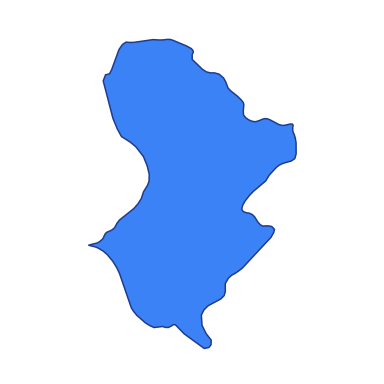 the Province of Cañar, rotated 263°
{"feature_id": "ECU-1278", "entity_name": "Cañar", "entity_type": "Province", "adm_level": 1, "iso_a3": "ECU", "parent_name": "Ecuador", "parent_adm1": "", "projection": "natural_earth1", "projection_center": [-78.969, -2.515], "detail": "fine", "context": "isolated", "style": "filled", "palette": "blue", "viewbox_px": 384, "rotation_deg": 263, "n_neighbors": 0, "source": "natural_earth", "source_scale": "10m", "svg_char_len": 1972}
<svg xmlns="http://www.w3.org/2000/svg" viewBox="0 0 384 384"><g transform="rotate(263 192 192)"><path d="M144.9,269.3L141.7,268.1L137.4,264.9L110.3,232.6L107.9,228.6L106.0,224.9L104.6,221.3L102.1,217.7L97.0,213.8L89.3,213.0L85.3,211.3L82.4,207.7L77.1,194.1L73.5,189.5L68.8,186.3L58.5,185.7L49.8,188.7L42.7,193.0L38.1,192.3L35.6,189.8L35.2,185.1L52.2,166.9L62.3,159.3L62.6,157.4L61.4,154.9L60.4,152.0L60.8,149.3L62.1,146.3L62.1,137.8L64.9,133.3L68.1,129.5L76.3,122.2L80.6,119.5L84.3,117.7L120.0,110.1L126.0,108.1L133.0,104.9L140.1,100.3L144.3,96.5L147.4,92.5L149.0,90.0L151.8,82.7L153.0,91.8L153.9,94.0L155.9,97.2L157.5,98.6L159.5,99.7L161.1,100.8L162.3,102.2L163.9,107.5L165.5,110.2L167.3,111.8L170.3,113.9L173.0,116.6L182.7,132.3L187.2,137.3L191.7,140.9L198.1,143.9L204.1,148.7L208.0,150.7L214.9,151.7L223.5,150.7L233.1,148.1L243.7,141.8L248.9,136.9L255.7,128.7L263.6,125.6L274.7,122.5L313.1,117.4L318.9,120.5L319.3,124.5L323.3,127.2L342.3,136.9L346.8,140.9L348.8,144.8L348.1,148.1L347.6,152.0L348.0,171.9L346.8,178.4L346.5,181.7L346.5,185.8L346.1,188.8L345.0,191.4L337.7,204.2L334.6,208.6L333.3,209.6L332.3,210.2L331.2,210.3L330.4,210.2L328.2,208.9L323.5,208.4L312.6,217.2L309.5,220.9L308.0,224.8L307.5,228.9L305.6,233.4L301.2,237.3L297.5,238.8L290.7,240.5L287.4,243.0L281.6,248.7L277.5,252.0L274.6,253.8L272.4,254.1L266.3,252.8L262.3,252.5L259.4,254.2L256.8,256.9L254.8,260.4L254.0,263.7L254.7,267.6L255.7,271.0L256.0,273.6L255.3,276.1L254.2,278.1L248.4,286.4L247.2,289.3L246.9,292.1L247.5,297.8L247.1,300.0L245.9,300.5L243.9,299.9L241.2,299.5L239.0,299.7L236.0,300.6L232.9,301.1L228.2,301.3L217.1,300.0L212.6,298.1L210.7,294.4L209.3,285.6L208.1,282.0L206.2,278.8L199.4,270.8L194.0,266.5L185.3,253.2L181.4,248.4L176.8,243.8L173.0,240.9L169.5,239.4L167.4,239.7L165.8,241.4L164.6,243.9L164.0,246.4L162.4,248.9L159.8,251.1L153.8,253.9L151.1,255.9L149.5,258.2L149.4,261.2L148.9,264.4L148.0,267.0L144.9,269.3Z" fill="#3b82f6" stroke="#1e3a8a" stroke-width="1.5"/></g></svg>